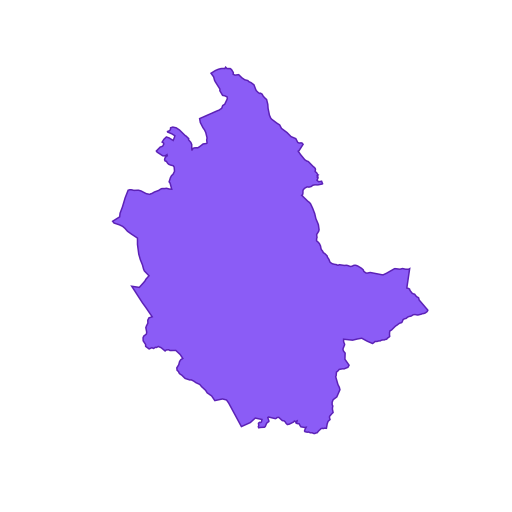 Sinteu, Bihor, Romania (Robinson projection), rotated 247°
{"feature_id": "2599482B35691886795936", "entity_name": "Sinteu", "entity_type": "district", "adm_level": 2, "iso_a3": "ROU", "parent_name": "Romania", "parent_adm1": "Bihor", "projection": "robinson", "projection_center": [22.5, 47.135], "detail": "fine", "context": "isolated", "style": "filled", "palette": "violet", "viewbox_px": 512, "rotation_deg": 247, "n_neighbors": 0, "source": "geoboundaries", "source_scale": "gbopen_adm2", "svg_char_len": 6102}
<svg xmlns="http://www.w3.org/2000/svg" viewBox="0 0 512 512"><g transform="rotate(247 256 256)"><path d="M441.7,301.8L440.7,300.5L441.5,299.0L442.2,297.1L442.6,294.3L442.6,291.1L441.8,286.0L437.4,287.0L433.9,286.5L432.4,286.6L423.8,288.0L422.2,287.3L416.9,288.0L415.7,289.8L413.7,291.6L411.9,291.0L407.9,286.5L407.5,284.1L405.4,282.2L404.7,279.0L404.8,277.0L404.5,257.8L400.6,256.9L394.9,257.3L392.1,257.9L389.3,258.0L383.8,257.1L382.0,255.9L379.8,255.3L379.2,255.1L379.0,254.8L378.9,254.5L379.8,251.1L378.8,247.4L378.3,244.6L378.7,244.0L379.6,241.5L379.7,240.1L378.6,238.8L378.6,238.5L379.5,238.6L383.7,240.4L386.0,240.4L389.2,239.4L390.0,239.5L390.4,239.9L393.9,238.4L394.4,237.9L401.9,234.8L405.2,232.6L407.2,229.8L407.4,227.5L405.8,226.6L405.1,225.3L405.2,223.2L404.6,223.1L401.3,226.3L398.4,228.3L397.0,227.2L394.7,224.9L398.7,222.1L400.6,220.0L399.4,216.8L397.5,214.1L396.0,215.1L395.0,214.8L394.1,213.7L393.5,212.9L393.7,210.4L391.6,205.3L391.0,205.3L389.9,205.8L384.7,209.3L383.9,210.8L383.8,212.3L384.1,213.7L382.9,213.5L382.9,212.5L381.7,210.4L380.2,209.4L378.9,209.5L378.2,210.5L375.9,210.9L374.5,211.5L373.1,212.9L371.4,215.1L369.8,215.4L365.8,214.1L363.6,211.5L363.0,209.7L361.6,207.9L358.2,205.0L356.6,205.4L350.4,204.5L351.5,202.4L353.3,200.1L353.9,197.9L354.6,196.3L354.9,195.3L354.8,194.2L354.4,192.0L354.6,187.4L354.2,184.5L354.4,183.3L354.2,182.6L354.4,182.0L356.3,179.3L360.8,175.6L362.5,173.5L364.0,169.5L364.6,168.5L365.4,167.6L366.3,165.8L366.5,164.0L360.8,158.4L353.2,152.1L348.5,147.6L345.3,145.8L344.0,137.6L341.8,138.2L338.1,142.4L335.4,144.8L332.8,146.1L328.9,147.4L324.5,150.1L318.8,153.9L312.9,151.4L303.5,148.8L297.8,148.1L292.1,148.0L288.0,147.4L285.9,147.4L279.6,149.8L277.6,145.5L276.5,144.2L275.4,142.1L272.7,136.3L276.7,129.8L257.2,133.2L251.6,134.5L240.6,136.7L240.9,133.3L239.2,131.3L236.4,130.2L234.6,128.0L233.1,126.6L228.5,125.6L226.9,124.5L226.2,121.5L224.9,120.1L222.0,119.0L217.7,119.8L215.9,119.1L212.2,121.3L212.3,124.3L210.9,125.6L211.3,127.6L210.7,128.6L210.9,130.7L208.6,132.9L204.1,135.2L204.6,136.7L203.8,139.0L202.6,139.9L200.4,145.3L195.0,147.7L190.3,148.6L190.0,146.4L188.8,144.5L186.1,142.4L184.0,139.4L181.6,138.7L179.9,139.5L178.2,139.5L176.7,140.1L175.6,141.0L171.0,142.9L167.7,146.7L167.4,147.9L165.2,149.8L162.9,151.2L159.7,154.1L156.9,154.9L152.1,157.1L149.1,157.6L144.5,160.5L139.0,161.6L137.5,169.3L135.0,172.6L131.3,173.4L104.7,175.9L104.9,185.7L107.1,192.0L103.2,197.6L101.2,196.2L101.0,195.6L101.0,194.9L101.5,194.4L101.2,193.1L100.9,192.8L99.1,192.4L97.9,191.4L96.8,191.4L96.4,193.2L95.1,196.8L95.4,197.9L97.6,200.1L98.2,201.2L98.6,203.1L99.0,203.4L102.7,203.7L102.9,204.6L98.7,210.3L98.7,211.2L99.1,212.2L98.7,213.7L98.6,213.9L94.2,215.9L93.4,217.3L92.2,218.0L90.3,218.3L88.6,219.0L88.2,220.9L88.5,225.7L89.1,226.8L87.9,227.9L88.2,229.0L88.2,229.4L87.2,228.7L86.8,227.6L86.4,227.7L85.5,228.6L84.8,230.1L82.7,230.3L81.2,230.6L78.9,234.2L78.9,234.9L78.8,235.3L78.4,234.9L78.1,234.2L76.0,232.3L75.2,232.4L73.8,234.3L73.5,235.5L72.0,237.0L71.3,238.7L70.2,239.6L69.6,240.7L69.7,241.8L69.4,243.2L70.5,245.3L71.7,248.5L71.4,249.9L70.9,250.3L70.8,251.6L69.9,253.5L73.6,255.9L75.6,257.7L76.5,260.2L78.5,260.5L79.7,261.1L81.2,264.2L81.8,265.8L85.2,266.5L86.8,267.3L87.4,267.8L87.9,268.1L89.4,268.0L91.7,269.0L93.6,270.9L94.7,275.3L100.1,281.0L102.6,281.4L105.7,281.2L113.8,282.2L114.5,283.0L117.7,284.7L118.2,286.5L119.1,288.3L118.3,291.8L117.7,292.9L117.6,297.1L119.1,299.0L126.2,297.5L131.8,300.1L134.3,299.4L136.2,299.6L137.0,300.2L139.7,302.9L140.3,303.1L142.3,303.1L143.3,303.3L145.2,304.1L140.8,312.0L140.0,316.9L139.0,321.2L134.1,325.1L129.9,329.1L130.2,330.5L130.8,332.1L130.0,334.1L129.9,335.6L129.3,337.4L129.5,338.3L129.2,339.9L128.6,341.3L128.7,342.3L128.4,343.3L128.4,343.9L129.1,345.1L129.1,345.7L129.3,346.6L129.8,347.7L131.3,348.1L133.7,349.2L134.8,350.1L134.8,350.9L135.0,352.0L136.8,356.5L137.1,357.5L137.3,358.9L137.8,360.7L138.0,361.8L137.8,364.0L138.0,364.5L140.0,366.6L140.2,368.1L139.9,369.8L140.5,371.7L140.5,373.4L140.2,374.5L140.1,375.5L140.5,377.8L140.0,379.5L138.7,381.4L138.4,382.1L138.1,384.1L137.9,385.3L137.9,386.7L137.5,387.9L137.4,389.4L137.9,391.6L138.7,392.8L139.0,393.0L151.7,389.0L154.1,389.3L155.3,388.3L156.7,387.6L158.9,387.1L159.6,386.1L160.9,385.1L164.1,384.3L165.6,384.4L166.7,383.5L167.6,382.3L184.3,392.5L184.2,391.2L185.4,388.5L187.2,386.0L187.6,383.3L189.7,379.7L190.2,378.6L189.1,369.2L189.0,365.6L189.6,364.5L196.2,354.7L196.8,351.6L197.4,350.6L199.7,349.2L201.3,349.3L203.5,348.3L207.1,345.7L208.5,344.2L209.1,342.8L209.2,341.8L209.0,340.6L209.5,338.7L211.4,336.7L212.1,335.7L212.8,333.6L215.5,329.2L215.3,328.5L215.5,327.8L215.8,327.2L216.5,326.9L217.8,324.8L219.2,323.1L221.0,321.9L221.8,321.7L224.4,321.8L227.1,321.3L228.3,321.5L231.3,320.3L232.9,319.2L234.0,319.3L236.3,318.7L237.4,318.7L240.0,319.3L242.6,319.2L244.5,318.6L246.0,317.8L246.4,317.7L248.3,318.6L249.2,319.4L251.8,320.1L252.2,320.4L252.8,321.3L254.4,323.5L255.5,324.3L260.2,325.6L261.5,325.7L267.0,325.7L272.1,326.6L277.9,326.8L282.9,326.6L284.6,326.0L286.3,325.0L294.0,321.8L294.2,322.8L294.6,323.1L295.6,323.8L297.1,324.4L298.3,325.1L299.3,327.0L299.6,329.1L299.6,330.3L298.9,331.3L298.6,332.3L298.4,334.2L298.8,335.4L298.9,336.0L298.5,338.1L297.3,340.7L296.4,345.0L296.5,345.5L299.2,345.6L299.9,342.7L301.9,341.7L303.7,343.7L304.6,343.2L305.0,343.9L305.9,343.6L306.3,344.9L306.7,344.6L309.1,344.3L310.5,343.5L310.8,343.5L312.3,344.5L313.2,344.7L313.9,344.6L314.8,344.3L316.0,343.6L322.1,341.2L322.8,340.8L323.6,339.8L325.6,338.5L332.1,336.6L334.1,336.2L335.3,335.8L336.0,335.8L336.1,336.7L340.4,343.0L342.0,342.5L342.5,341.8L343.1,339.9L344.2,338.8L348.5,338.5L352.2,334.9L357.5,332.8L363.5,329.3L367.4,329.0L370.3,327.0L375.9,323.8L377.3,323.4L380.4,323.4L387.2,324.8L391.0,326.1L395.9,326.9L398.5,325.7L400.7,325.0L402.5,324.9L404.1,323.8L404.2,322.9L405.6,321.9L408.0,320.9L409.4,320.8L414.4,321.0L417.5,319.2L419.2,317.6L420.7,317.0L422.6,314.5L425.4,312.7L429.7,310.9L430.7,307.3L432.2,306.0L433.7,306.8L437.2,306.3L438.6,305.5L439.9,302.5L441.7,301.8Z" fill="#8b5cf6" stroke="#5b21b6" stroke-width="1.5"/></g></svg>